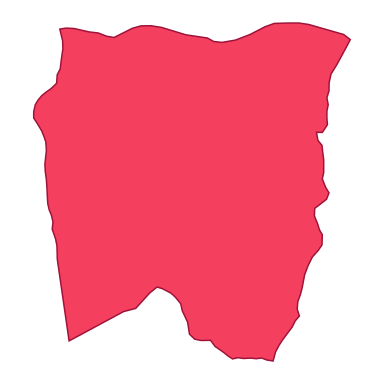 the district of Indiaporã, São Paulo, Brazil
{"feature_id": "56859067B57389916946553", "entity_name": "Indiaporã", "entity_type": "district", "adm_level": 2, "iso_a3": "BRA", "parent_name": "Brazil", "parent_adm1": "São Paulo", "projection": "albers", "projection_center": [-50.258, -19.956], "detail": "fine", "context": "isolated", "style": "filled", "palette": "rose", "viewbox_px": 384, "rotation_deg": 0, "n_neighbors": 0, "source": "geoboundaries", "source_scale": "gbopen_adm2", "svg_char_len": 1576}
<svg xmlns="http://www.w3.org/2000/svg" viewBox="0 0 384 384"><path d="M59.8,29.1L62.6,40.7L62.9,48.6L61.3,59.8L60.2,68.9L57.2,74.8L56.6,83.3L50.7,88.9L45.8,92.3L41.7,95.7L38.1,100.0L35.3,104.7L33.7,111.8L33.7,118.0L37.3,123.5L41.7,130.9L44.2,137.0L45.8,142.0L46.4,150.3L44.9,164.1L45.3,171.8L46.3,179.1L46.9,187.0L47.4,197.9L47.8,203.8L49.2,209.9L51.4,215.2L53.0,222.0L52.2,229.1L55.5,238.7L56.9,245.4L57.1,251.4L57.3,259.3L69.1,340.9L123.5,311.6L135.7,308.4L149.7,293.0L157.1,287.0L162.4,288.7L171.0,293.2L175.1,296.9L180.7,303.7L182.3,310.8L187.6,322.1L189.5,334.2L194.7,339.2L201.3,340.5L210.5,340.3L215.1,346.5L223.2,352.1L228.1,356.0L232.5,358.9L238.0,357.7L243.6,358.5L250.3,358.1L256.3,358.7L261.6,358.0L266.8,360.0L273.1,361.0L275.6,351.8L279.0,345.4L282.6,339.9L287.7,333.0L292.2,327.0L295.3,320.8L299.4,316.0L297.2,309.2L297.8,301.7L300.4,294.6L302.2,287.6L304.6,274.9L308.0,265.8L312.4,256.9L318.2,250.5L322.0,244.9L322.3,234.7L319.5,229.9L317.6,223.8L314.4,215.9L314.7,208.4L320.7,203.8L326.5,199.3L329.0,192.9L325.7,187.4L322.3,179.0L323.7,172.6L323.7,159.7L322.7,151.8L322.0,145.4L317.9,140.3L316.5,132.3L322.4,132.4L327.4,124.7L326.9,118.0L326.9,111.2L328.2,104.7L326.9,97.9L329.0,90.8L329.1,82.9L331.0,74.1L336.8,64.7L341.2,56.6L346.0,47.8L350.3,39.6L343.7,34.5L308.8,24.5L298.9,23.0L289.0,23.0L274.3,23.4L264.9,26.8L250.0,34.5L235.4,40.1L222.0,42.4L213.7,41.5L207.4,38.0L185.8,34.8L161.5,27.4L150.7,25.7L140.8,25.9L132.3,28.3L114.0,37.5L106.6,36.2L98.3,33.0L88.9,31.9L74.2,28.5L65.9,28.1L59.8,29.1Z" fill="#f43f5e" stroke="#9f1239" stroke-width="1.5"/></svg>